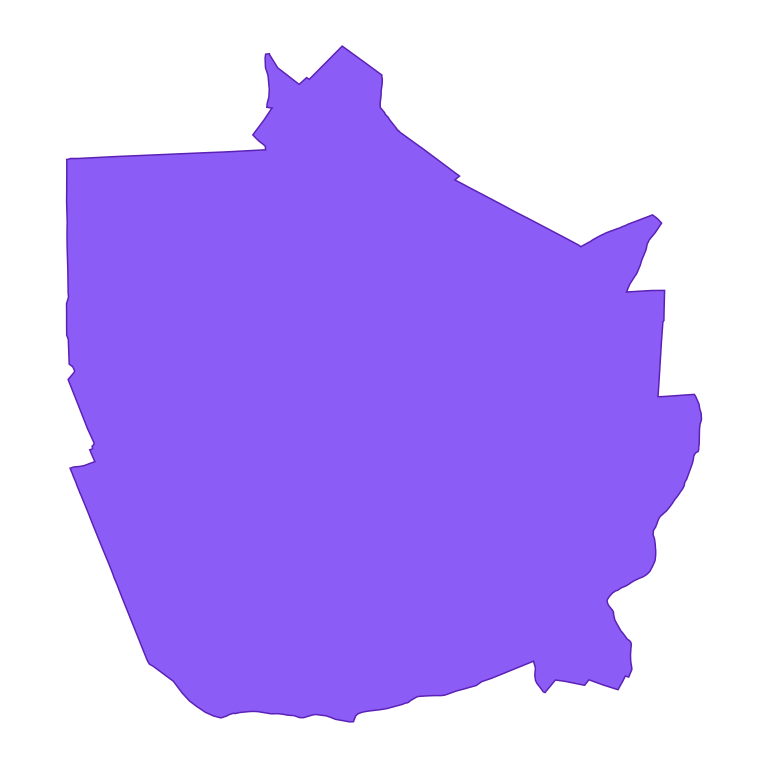 PIR, Satu Mare, Romania
{"feature_id": "2599482B75880173618768", "entity_name": "PIR", "entity_type": "district", "adm_level": 2, "iso_a3": "ROU", "parent_name": "Romania", "parent_adm1": "Satu Mare", "projection": "natural_earth1", "projection_center": [22.392, 47.465], "detail": "fine", "context": "isolated", "style": "filled", "palette": "violet", "viewbox_px": 768, "rotation_deg": 0, "n_neighbors": 0, "source": "geoboundaries", "source_scale": "gbopen_adm2", "svg_char_len": 5402}
<svg xmlns="http://www.w3.org/2000/svg" viewBox="0 0 768 768"><path d="M628.7,677.1L631.9,669.4L631.5,665.8L630.9,662.7L630.6,659.1L630.6,657.6L630.5,655.3L630.9,648.5L631.3,644.7L631.1,643.5L630.9,642.4L630.3,641.6L629.5,640.6L628.8,640.1L627.9,639.6L627.6,639.4L627.0,638.7L622.7,632.9L620.8,630.7L614.9,620.2L613.7,614.9L613.5,612.9L613.4,612.1L613.1,611.4L612.2,609.8L611.2,608.7L610.5,607.8L609.6,606.7L609.1,606.1L608.2,604.6L607.5,602.9L607.1,601.3L607.1,600.5L607.5,599.4L608.7,597.4L610.3,595.4L612.3,593.2L613.1,592.5L613.5,592.3L614.4,591.8L615.2,591.1L615.6,590.8L616.5,590.7L618.0,590.1L620.5,588.3L621.4,587.8L623.2,587.1L624.4,586.6L625.0,586.3L626.6,585.6L629.3,583.9L631.9,582.1L634.2,580.7L635.6,580.0L637.6,579.1L639.0,578.4L641.8,577.3L643.3,576.7L644.5,575.9L645.7,575.2L647.2,574.0L648.2,573.1L649.4,571.9L649.9,571.3L650.4,570.5L650.7,569.7L651.0,569.2L652.0,567.4L653.8,563.5L654.6,561.8L655.1,560.2L655.3,558.4L655.5,556.7L655.7,554.6L655.7,553.2L655.7,551.5L655.7,549.9L655.4,547.7L655.3,545.2L655.1,543.3L654.9,541.9L654.7,540.2L654.4,538.4L653.9,536.9L653.4,535.9L653.1,533.9L653.3,532.4L653.4,530.6L654.0,529.5L654.5,528.7L655.5,527.4L656.1,525.7L657.0,523.6L657.5,522.0L658.1,520.2L659.0,518.5L659.8,516.9L664.4,512.7L666.2,511.2L669.2,507.6L672.6,503.0L673.8,501.0L674.7,499.7L675.2,499.0L676.9,497.0L679.7,493.0L680.5,491.7L681.2,490.8L682.3,489.3L683.8,486.6L684.4,484.7L684.5,483.3L685.7,480.6L686.5,479.6L687.1,478.0L687.6,476.6L692.5,463.0L693.5,458.5L693.7,456.2L694.6,454.3L695.7,452.9L698.1,451.5L698.7,449.8L698.7,447.7L699.1,444.8L699.2,441.9L699.3,438.9L699.5,429.1L700.0,424.5L700.9,421.7L701.5,419.1L701.3,416.4L701.2,413.8L700.6,411.4L699.8,409.2L699.5,407.3L699.0,404.0L697.2,400.0L695.5,396.1L694.3,394.4L688.2,394.8L662.5,396.6L658.0,396.7L658.8,385.0L660.2,362.4L661.4,342.7L662.9,322.1L663.9,320.6L664.1,309.4L664.6,290.4L651.6,290.5L626.5,292.0L629.8,284.1L634.2,277.3L636.8,273.4L637.4,272.0L640.1,265.6L641.8,260.0L645.6,250.9L646.3,248.7L647.3,243.6L648.2,242.3L649.0,240.2L655.2,232.7L661.6,223.1L658.1,219.3L656.0,217.5L652.5,214.9L651.0,215.5L644.7,217.9L629.4,223.7L628.0,224.2L626.9,224.8L625.5,225.5L623.0,226.4L621.2,227.2L619.8,227.9L618.1,228.4L612.5,230.5L611.2,230.9L608.1,232.1L606.4,232.7L604.8,233.5L603.2,234.3L602.0,234.8L597.2,237.3L592.6,239.9L590.1,241.7L588.3,242.5L580.7,246.8L580.1,246.1L579.2,245.4L566.5,238.6L546.7,228.2L527.1,217.9L514.5,211.5L501.7,204.6L474.5,190.3L466.3,186.0L454.9,179.9L459.5,176.1L453.2,171.4L442.5,163.4L423.8,149.4L414.0,142.4L399.8,132.1L398.6,130.6L398.0,130.7L396.3,128.2L390.6,121.0L389.1,119.0L388.6,117.9L387.2,116.3L385.1,114.2L384.8,113.5L384.8,112.9L380.2,107.4L380.2,102.3L380.7,99.0L381.1,95.1L381.2,90.5L381.7,87.2L382.1,84.2L382.3,80.6L382.2,78.2L381.7,76.4L381.9,75.1L368.3,65.1L342.2,46.1L309.3,79.3L306.6,77.6L299.1,84.4L288.2,75.9L277.7,67.8L269.7,54.9L269.4,53.7L265.6,54.2L265.1,58.0L265.4,66.3L265.5,67.9L267.2,72.8L268.1,76.1L269.3,89.6L269.1,92.4L268.9,96.9L267.9,100.7L267.2,103.3L266.8,107.3L272.1,108.1L271.5,108.7L267.5,114.7L264.1,119.8L257.9,128.1L252.8,134.9L255.9,138.1L259.3,141.4L262.9,144.1L264.5,145.5L265.3,146.3L265.5,149.1L265.6,149.8L223.7,152.0L208.2,152.6L168.6,154.3L114.6,156.6L77.8,158.5L70.3,158.5L70.0,158.7L68.3,159.3L66.7,159.4L66.8,161.9L66.8,177.3L66.7,187.3L66.7,191.1L66.6,202.0L67.2,221.6L67.0,234.1L67.1,244.8L67.4,256.6L67.8,268.5L68.1,289.3L68.1,291.9L68.5,297.2L67.5,300.4L66.5,303.7L66.6,312.1L66.6,323.6L66.7,335.1L68.3,339.4L69.2,364.2L72.7,366.7L74.7,371.0L74.0,372.5L68.1,379.5L77.7,403.7L85.5,423.5L87.2,428.0L94.2,443.2L93.5,444.8L93.0,445.4L92.2,446.0L92.1,446.8L92.4,447.4L92.6,448.4L92.1,449.0L90.9,449.4L89.7,449.8L90.4,451.2L91.2,453.3L94.6,461.1L94.9,461.6L84.1,465.6L80.1,466.4L74.4,466.9L73.3,467.1L71.9,467.6L70.5,468.1L70.1,468.2L70.4,469.1L71.4,471.5L72.4,473.8L73.2,476.1L74.3,478.7L75.6,481.7L77.3,486.4L77.8,487.6L79.5,491.8L80.0,493.1L80.7,494.6L81.5,496.5L87.9,512.1L91.7,521.8L100.2,542.9L105.3,555.3L107.5,560.6L108.7,563.5L109.8,566.3L110.2,567.2L110.8,568.8L111.3,570.0L112.4,572.9L113.8,576.8L114.1,577.7L114.3,578.2L116.0,582.1L116.3,583.0L117.0,584.5L118.8,589.2L121.5,596.2L131.4,620.9L139.5,641.0L141.9,647.1L146.8,659.3L147.6,661.0L148.6,662.8L149.1,663.7L149.8,664.4L151.8,665.5L152.4,665.8L153.2,666.3L156.9,669.0L160.1,671.4L171.1,679.6L172.3,680.4L173.4,681.3L182.1,692.9L189.5,701.0L196.6,706.4L205.4,712.3L209.4,714.1L213.3,715.9L220.9,717.9L226.5,716.1L229.0,714.7L233.7,713.2L234.8,713.6L239.8,712.5L248.8,711.6L253.3,711.4L255.5,711.5L257.7,711.6L261.4,712.2L267.5,713.2L270.8,713.8L277.9,713.7L282.7,714.2L287.3,715.1L294.3,715.7L299.6,717.6L303.5,717.7L310.7,715.5L313.9,714.7L316.1,714.5L321.7,715.3L326.1,715.8L330.4,717.3L335.5,719.3L349.8,721.9L353.5,721.7L354.2,719.7L355.7,715.9L357.9,713.8L360.8,712.7L362.7,712.1L366.8,711.3L369.9,710.9L380.0,709.7L386.8,708.6L399.0,705.3L402.5,704.3L405.2,703.2L407.7,702.7L408.6,702.2L410.8,700.4L411.0,700.3L412.2,699.6L416.6,697.0L417.4,696.7L420.0,696.3L427.0,695.9L434.0,695.6L441.0,695.6L444.9,695.1L456.4,691.0L465.3,688.6L476.2,685.5L481.8,681.6L491.5,678.3L533.5,661.2L535.4,667.9L534.8,675.4L535.5,680.4L537.0,683.5L539.5,686.7L543.3,691.8L545.0,692.6L555.4,680.0L564.8,681.3L577.2,683.8L584.6,685.3L588.9,679.8L603.8,685.2L611.7,687.7L618.0,689.7L623.3,680.2L625.3,676.0L628.7,677.1Z" fill="#8b5cf6" stroke="#5b21b6" stroke-width="1.5"/></svg>